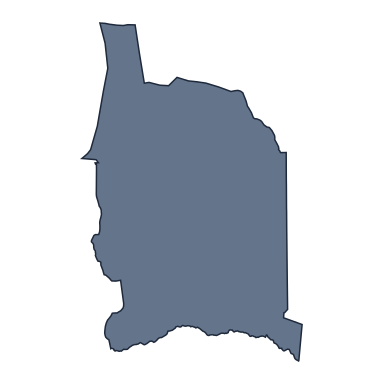 the district of San Juan Bautista Suchitepec, Oaxaca, Mexico
{"feature_id": "50627088B46515972883740", "entity_name": "San Juan Bautista Suchitepec", "entity_type": "district", "adm_level": 2, "iso_a3": "MEX", "parent_name": "Mexico", "parent_adm1": "Oaxaca", "projection": "equal_earth", "projection_center": [-97.646, 18.005], "detail": "fine", "context": "isolated", "style": "filled", "palette": "slate", "viewbox_px": 384, "rotation_deg": 0, "n_neighbors": 0, "source": "geoboundaries", "source_scale": "gbopen_adm2", "svg_char_len": 4110}
<svg xmlns="http://www.w3.org/2000/svg" viewBox="0 0 384 384"><path d="M205.9,83.1L197.0,81.8L188.4,80.9L177.0,77.4L176.4,78.0L168.6,85.7L159.9,85.2L149.0,82.4L144.3,83.2L139.3,52.6L135.1,24.9L127.9,24.7L123.4,25.5L117.0,25.2L109.3,24.2L105.3,23.4L99.9,23.0L105.1,43.2L107.8,68.3L103.5,90.5L99.6,112.9L97.3,126.3L90.6,149.7L87.5,153.7L81.9,158.5L87.0,158.9L92.8,159.4L96.1,159.7L98.4,162.7L95.1,162.9L95.5,164.0L96.4,163.5L96.5,168.8L96.3,194.0L96.5,196.5L98.1,201.7L99.3,206.4L100.2,207.5L101.2,210.0L101.3,212.4L101.5,214.3L101.0,216.7L100.0,220.6L99.7,222.4L99.9,225.7L99.9,229.1L99.6,231.7L98.7,234.5L97.0,234.6L95.3,234.6L93.9,235.5L91.5,240.5L91.5,240.8L91.4,241.6L91.5,241.9L91.9,242.3L93.1,243.5L93.7,245.3L93.7,247.1L93.8,247.9L94.1,249.2L94.4,249.8L94.8,250.2L95.1,250.5L95.4,251.4L95.4,252.7L95.5,252.9L95.7,253.7L95.6,254.4L95.5,255.1L95.4,255.3L95.4,255.6L96.1,257.3L97.0,259.4L98.0,261.2L99.5,261.4L100.8,262.2L100.9,265.1L102.8,270.1L104.1,274.7L105.9,275.2L108.7,277.6L109.8,278.7L110.8,280.0L111.9,281.0L114.0,281.0L115.7,281.1L120.6,280.3L123.7,303.6L123.6,306.2L123.0,308.1L120.7,310.8L118.5,312.0L117.3,312.9L114.6,313.0L112.3,313.2L110.9,316.0L109.7,317.6L108.8,318.7L107.6,320.1L106.3,323.0L105.4,326.2L104.9,330.2L104.7,333.0L105.1,335.3L105.7,337.1L107.1,338.6L108.9,339.8L110.8,348.7L111.3,348.3L112.2,348.5L113.0,348.7L113.5,348.9L113.8,349.5L114.0,350.2L114.5,350.3L114.9,351.0L115.2,351.0L116.6,350.5L118.9,351.2L119.3,351.3L119.9,351.2L120.8,350.9L121.5,351.1L122.2,350.4L123.1,349.7L124.0,349.2L124.3,349.3L124.9,349.5L125.9,349.4L126.6,349.4L127.5,349.2L128.4,348.4L129.3,347.4L130.1,346.9L131.6,345.9L132.1,345.5L132.4,345.3L133.3,345.0L134.3,344.6L136.4,344.5L136.9,344.2L138.0,344.1L139.1,343.4L140.3,342.6L142.4,343.7L143.8,344.6L144.7,344.7L146.8,343.6L149.8,341.3L151.5,341.1L152.3,341.3L153.8,342.3L155.3,341.6L157.3,339.7L157.9,338.9L159.2,337.9L160.8,337.5L161.3,337.6L162.0,337.3L165.9,335.0L167.0,333.9L168.0,331.1L169.7,331.0L172.4,330.2L175.4,328.0L175.7,327.0L177.8,326.3L179.3,326.9L180.4,327.0L181.0,326.8L182.0,325.8L182.5,325.5L182.9,325.5L183.7,325.8L184.8,326.1L185.9,326.2L187.2,325.8L188.3,325.7L189.9,326.0L190.8,326.8L191.2,326.6L191.8,326.4L192.7,326.4L193.3,326.8L195.0,327.3L195.6,327.9L196.5,327.7L197.4,327.2L198.6,327.9L199.9,328.7L201.8,330.3L202.9,331.2L204.4,331.8L205.3,332.6L206.0,333.4L206.9,334.7L207.8,335.3L208.9,335.5L209.8,335.0L211.5,334.8L213.3,334.8L213.8,335.2L215.3,335.2L216.3,335.5L217.1,335.2L218.1,334.8L221.3,333.2L223.3,333.2L224.6,333.6L225.8,333.1L226.7,333.4L227.3,333.0L228.2,332.6L228.2,332.1L228.7,331.0L229.5,330.1L230.4,329.9L231.3,330.1L231.8,330.1L232.3,330.1L232.8,330.8L233.2,331.3L233.7,331.8L234.5,331.9L235.6,331.2L236.4,331.2L237.5,330.9L238.3,331.3L238.9,331.7L239.7,331.6L240.2,332.0L241.6,332.1L242.8,332.0L244.2,332.8L245.2,332.6L246.7,333.3L247.7,333.7L248.5,334.2L248.8,334.8L249.4,335.5L249.8,336.1L250.2,336.3L251.1,336.3L251.6,335.8L252.3,335.8L253.0,336.0L254.2,336.6L255.3,336.9L255.9,337.6L257.4,337.2L258.4,337.3L259.7,336.5L261.3,336.2L262.3,336.0L263.9,336.4L265.4,337.2L266.4,335.0L267.1,335.2L267.6,336.6L270.9,339.8L272.4,339.9L273.3,340.4L273.5,341.4L274.1,343.0L275.6,343.5L276.7,344.4L277.4,345.2L278.0,346.1L278.7,346.9L278.7,347.7L279.5,348.4L281.0,348.3L281.7,348.3L282.0,349.3L283.5,350.8L284.5,350.8L285.7,350.1L287.4,349.2L289.2,349.4L290.0,351.1L290.5,352.2L290.7,352.9L291.3,353.6L292.7,354.0L293.7,355.0L294.1,356.4L294.5,357.6L295.0,358.6L295.9,359.5L296.9,360.1L298.0,360.5L298.4,361.0L298.8,360.8L302.1,324.5L283.6,317.8L283.9,312.8L284.7,312.6L287.6,309.4L287.2,275.1L286.7,228.1L286.6,212.1L286.5,207.5L286.5,205.9L286.4,185.9L286.3,178.3L286.2,152.5L280.5,152.6L279.5,150.5L278.7,149.7L278.5,149.1L278.8,148.6L278.5,146.8L276.9,143.6L274.8,139.8L274.8,137.1L274.5,135.4L272.0,130.7L269.3,127.5L266.9,127.0L265.2,125.8L263.9,124.8L261.5,121.3L259.7,120.0L256.9,118.9L254.7,118.7L253.4,117.8L251.4,112.7L248.5,107.7L247.5,106.3L246.1,101.1L242.8,92.8L240.6,91.2L238.0,90.4L235.0,90.7L231.0,91.5L218.7,87.0L205.9,83.1Z" fill="#64748b" stroke="#1e293b" stroke-width="1.5"/></svg>